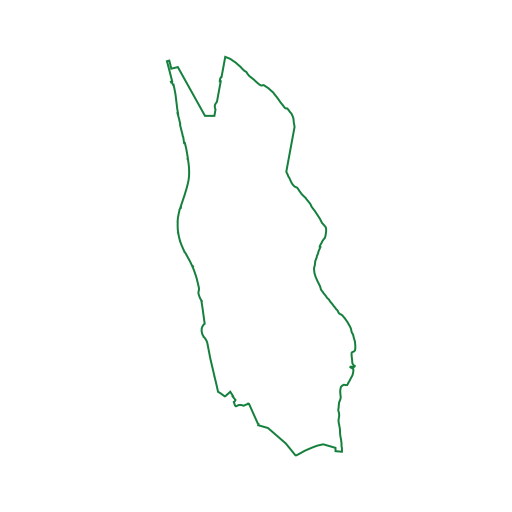 outline of Goes, Zeeland, Netherlands, rotated 73°
{"feature_id": "6326949B11720350341334", "entity_name": "Goes", "entity_type": "district", "adm_level": 2, "iso_a3": "NLD", "parent_name": "Netherlands", "parent_adm1": "Zeeland", "projection": "natural_earth1", "projection_center": [3.836, 51.516], "detail": "fine", "context": "isolated", "style": "outline", "palette": "green", "viewbox_px": 512, "rotation_deg": 73, "n_neighbors": 0, "source": "geoboundaries", "source_scale": "gbopen_adm2", "svg_char_len": 5951}
<svg xmlns="http://www.w3.org/2000/svg" viewBox="0 0 512 512"><g transform="rotate(73 256 256)"><path d="M374.8,332.0L375.8,331.0L377.9,329.3L379.7,328.0L381.1,326.9L381.1,326.6L381.0,326.3L380.9,325.8L380.7,325.4L380.2,324.5L379.7,323.2L378.3,320.3L383.3,318.9L383.5,319.4L387.7,317.7L388.6,318.6L388.8,319.0L389.1,319.9L390.6,319.8L391.8,319.9L392.6,319.8L393.2,319.6L393.8,319.2L393.9,318.7L393.5,316.4L393.6,315.3L393.9,314.5L394.2,313.8L394.5,313.1L395.6,311.6L395.4,310.4L395.3,309.5L395.2,308.7L395.2,307.6L394.9,307.0L394.8,306.9L394.8,306.7L395.3,306.6L395.4,306.0L395.5,305.9L416.4,303.3L416.9,303.2L417.2,302.9L417.4,302.7L418.0,302.9L418.5,303.3L418.6,303.1L418.9,302.7L423.7,295.3L424.0,294.8L424.4,294.6L444.0,282.3L457.6,276.8L458.2,276.4L458.3,276.3L458.4,276.0L458.1,273.7L456.5,266.2L456.4,265.3L456.3,264.8L456.2,263.9L455.6,258.0L455.4,255.1L455.3,252.5L455.7,247.1L455.8,246.7L456.5,245.6L462.7,236.1L465.9,237.0L468.3,231.1L467.0,230.6L465.9,230.3L464.8,230.0L463.7,229.9L462.5,229.7L460.4,229.1L459.3,228.8L458.1,228.7L457.0,228.4L454.7,228.2L451.3,227.7L445.8,226.3L444.6,226.2L442.3,225.9L440.0,225.7L437.8,225.3L436.7,224.9L433.7,223.4L432.6,223.0L430.4,222.5L429.2,222.5L428.0,222.5L426.9,222.2L424.9,221.2L423.8,220.8L422.8,220.4L420.7,219.5L419.7,218.9L418.9,218.1L417.9,217.4L416.9,216.8L415.9,216.3L411.3,215.4L410.2,215.1L409.1,214.7L407.1,213.7L406.2,213.1L405.6,212.4L405.2,211.5L404.8,209.6L405.7,207.9L406.1,206.6L404.7,205.1L403.9,204.4L403.2,203.6L399.6,200.0L399.0,199.3L398.2,198.6L396.3,197.4L395.2,196.9L394.1,196.4L392.6,196.0L391.3,197.0L390.5,197.9L389.8,198.3L389.5,197.9L389.8,197.0L390.8,195.1L390.7,194.4L390.6,194.2L390.4,193.9L390.2,193.8L390.0,193.7L389.5,194.3L388.7,194.7L387.8,195.0L386.6,195.2L383.1,194.4L379.7,193.8L377.4,193.2L376.3,192.6L376.0,191.7L376.0,190.8L375.8,189.9L375.2,189.0L373.8,188.2L370.3,187.1L369.1,186.9L366.8,186.4L365.7,186.4L363.4,186.4L359.9,186.2L358.8,186.3L357.6,186.7L355.3,186.7L354.2,186.5L353.0,186.5L351.9,186.6L348.7,187.2L347.7,187.5L346.5,187.7L342.1,189.1L338.0,190.8L337.1,191.5L335.6,193.1L334.6,193.5L333.4,193.8L332.2,193.9L331.2,194.3L330.3,194.9L329.2,195.2L328.1,195.6L327.2,196.1L324.0,197.2L321.9,198.1L320.9,198.5L319.7,198.8L318.7,199.1L317.8,199.7L316.8,200.3L314.6,200.9L311.5,202.2L310.4,202.5L307.8,203.5L307.0,203.7L305.2,203.6L303.0,203.7L297.7,204.6L293.4,205.1L289.6,205.1L286.8,204.6L284.7,204.1L283.9,203.7L282.5,202.7L280.1,201.6L278.3,200.9L277.3,200.1L276.9,199.7L276.1,199.3L275.9,199.0L275.2,198.4L274.3,198.0L273.7,197.7L273.1,197.2L272.2,196.3L271.8,195.9L270.9,195.5L269.9,194.9L266.3,191.8L265.7,192.4L264.7,191.6L263.8,190.8L262.6,189.4L261.4,188.4L259.8,186.4L259.1,185.2L258.8,184.9L257.3,183.8L255.9,183.1L255.2,182.8L252.9,181.7L250.8,181.1L250.1,180.9L249.6,180.9L249.2,180.9L248.4,181.1L247.6,181.4L246.9,181.7L246.0,182.1L244.9,182.6L243.9,183.1L243.5,183.2L242.1,183.5L239.1,184.0L234.8,185.2L229.8,186.7L228.0,187.4L225.2,188.4L224.9,188.5L223.3,188.6L221.4,189.1L216.5,191.1L214.8,191.6L214.6,191.8L210.5,194.1L206.5,195.5L203.0,196.5L202.4,197.0L201.4,198.2L200.7,198.9L199.8,199.4L198.1,200.1L196.9,200.5L194.5,200.9L191.1,201.3L189.4,201.8L187.6,201.9L186.5,202.1L184.3,202.4L155.0,187.2L143.9,181.4L141.0,181.0L138.7,180.7L137.0,180.3L135.2,180.0L133.0,180.1L131.7,180.3L130.5,180.4L130.0,180.6L128.5,181.3L124.3,182.8L124.0,183.0L123.9,183.2L123.8,183.8L123.7,184.1L123.6,184.3L122.8,185.1L122.1,185.4L119.5,186.3L116.4,187.6L112.6,188.8L110.0,189.7L106.4,191.2L105.3,191.5L104.8,191.7L99.2,195.1L98.8,195.4L97.1,196.8L95.4,198.2L94.9,198.6L94.7,199.2L94.7,200.1L94.6,200.9L94.4,201.2L94.2,201.5L93.2,202.5L92.3,203.1L91.1,203.9L88.8,205.3L86.6,206.5L82.8,209.2L81.3,210.1L80.7,210.3L79.5,210.8L77.3,211.4L76.9,211.6L75.8,212.8L75.6,212.9L74.3,213.7L73.1,214.3L70.6,215.5L67.1,217.7L64.9,219.0L64.0,219.8L61.2,222.0L60.1,222.9L59.2,223.9L58.0,225.4L56.6,227.2L74.9,236.7L75.2,237.4L75.1,237.5L75.3,237.7L75.5,238.0L75.8,238.3L76.2,238.6L76.4,238.7L77.4,238.9L77.8,239.1L78.0,239.5L78.4,239.6L78.7,238.7L97.0,248.2L98.7,250.3L99.3,250.9L100.0,251.3L100.9,251.7L102.0,251.9L103.2,252.0L104.1,251.9L109.8,254.8L107.1,263.8L52.5,275.5L52.1,282.2L43.8,281.8L43.7,284.2L54.0,284.6L64.4,285.1L64.5,286.4L65.3,286.3L65.2,285.6L66.4,285.5L68.2,285.2L68.2,284.8L72.0,285.1L76.6,285.6L78.8,285.9L82.2,286.5L90.0,287.9L92.3,288.3L97.0,288.9L96.8,289.3L103.0,289.5L104.9,289.7L107.5,289.8L108.3,290.3L114.1,290.6L117.1,290.7L119.4,290.9L119.6,291.0L119.8,291.0L120.4,291.0L120.5,290.9L120.9,290.8L127.0,291.7L127.1,291.0L132.4,291.3L136.9,291.8L142.6,292.6L142.8,293.0L143.1,293.1L143.7,292.8L148.2,293.5L152.6,294.4L153.7,294.7L157.9,295.9L161.0,297.1L163.9,298.4L167.3,300.3L171.2,302.7L177.3,306.8L180.8,309.3L186.4,313.3L186.6,313.3L186.9,313.4L186.7,313.5L187.2,313.9L187.4,313.8L187.6,313.9L187.6,314.0L189.6,315.8L190.3,316.0L192.1,317.1L195.1,318.7L197.1,319.7L200.4,321.0L200.5,320.9L203.5,321.9L205.7,322.5L208.0,323.1L211.2,323.6L211.2,323.8L211.8,323.8L211.7,323.7L214.9,324.0L217.3,324.2L219.4,324.2L219.4,324.3L219.6,324.3L223.1,324.1L227.8,323.6L230.8,323.2L231.0,323.3L232.1,322.8L232.2,322.7L237.9,321.5L241.2,320.8L245.7,320.1L246.8,319.9L247.1,319.7L247.1,319.9L247.3,319.9L247.3,319.7L247.6,319.8L250.2,319.6L253.6,319.4L257.0,319.3L260.4,319.3L268.4,319.8L269.5,319.9L270.6,320.1L271.2,320.2L271.7,320.5L273.9,321.7L275.0,322.0L277.2,322.0L279.6,321.9L282.6,321.3L282.6,321.2L282.8,321.1L283.0,321.1L282.9,321.4L283.1,321.4L283.2,321.2L283.4,321.3L283.5,321.4L291.0,322.5L305.8,324.9L306.1,325.7L306.5,326.4L306.8,326.8L307.8,327.9L308.6,328.5L309.7,329.2L311.1,329.7L312.2,330.0L313.4,330.1L315.0,330.2L316.3,330.0L317.1,329.8L317.7,329.8L317.7,329.7L318.1,329.6L318.4,329.4L319.7,328.9L320.8,328.5L321.7,328.3L322.7,328.1L323.8,328.0L324.9,328.0L327.9,328.3L340.9,329.7L345.5,330.0L359.1,330.9L359.1,331.0L360.4,331.0L367.2,331.4L374.8,332.0Z" fill="none" stroke="#15803d" stroke-width="2"/></g></svg>